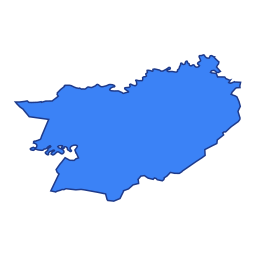 Meņģeles pag., Ogre, Latvia (Robinson projection)
{"feature_id": "27541924B62168176320322", "entity_name": "Meņģeles pag.", "entity_type": "district", "adm_level": 2, "iso_a3": "LVA", "parent_name": "Latvia", "parent_adm1": "Ogre", "projection": "robinson", "projection_center": [25.388, 56.811], "detail": "fine", "context": "isolated", "style": "filled", "palette": "blue", "viewbox_px": 256, "rotation_deg": 0, "n_neighbors": 0, "source": "geoboundaries", "source_scale": "gbopen_adm2", "svg_char_len": 5637}
<svg xmlns="http://www.w3.org/2000/svg" viewBox="0 0 256 256"><path d="M57.3,92.9L57.4,93.3L57.1,94.5L58.3,96.1L57.2,97.1L52.1,101.0L45.7,101.1L41.5,102.3L41.2,101.7L37.7,102.3L31.4,102.5L28.9,102.4L27.2,100.9L24.7,101.4L19.6,102.0L15.4,102.0L17.2,104.2L20.0,107.0L23.0,109.1L24.3,110.8L29.2,116.7L48.7,119.4L41.6,136.2L40.7,138.9L39.8,139.6L38.8,139.9L38.1,140.3L37.2,140.5L35.6,141.1L34.8,141.1L34.0,141.3L33.6,141.8L33.7,142.2L33.8,142.3L33.5,143.0L34.6,143.3L35.6,143.7L36.6,144.6L36.9,145.4L36.7,146.9L36.2,147.4L35.3,148.0L34.6,147.9L33.4,147.3L31.9,147.8L30.4,148.6L30.3,149.1L30.8,149.8L32.3,150.2L33.0,150.3L33.6,150.3L35.1,149.2L35.7,149.1L38.0,149.9L41.3,150.3L42.9,150.2L44.1,149.1L45.6,148.9L46.4,148.6L46.8,148.2L47.6,147.2L49.6,145.8L50.1,145.7L50.5,146.0L50.8,146.6L50.0,147.4L49.0,147.8L48.3,148.4L48.0,148.9L47.8,150.0L47.5,150.6L45.5,152.2L45.3,152.6L45.4,153.1L45.7,153.5L46.8,154.4L47.7,154.8L48.4,154.7L48.6,154.4L48.4,153.2L49.1,152.2L50.1,151.5L51.9,150.9L53.1,150.1L53.9,150.1L54.4,150.4L54.2,150.9L52.9,151.5L51.7,152.8L51.2,153.5L51.1,154.0L52.6,154.9L53.1,154.9L53.8,154.7L55.1,153.7L55.9,152.9L56.9,152.1L57.7,151.8L58.1,151.8L58.7,152.0L61.3,153.8L62.1,153.9L62.7,153.7L63.8,152.6L64.0,151.8L63.7,150.8L63.2,150.0L62.1,149.2L58.4,147.6L58.2,147.2L57.8,146.6L59.0,145.8L61.0,145.6L62.4,145.8L62.6,146.1L62.3,146.7L61.7,147.2L61.6,147.8L61.6,148.0L61.9,148.2L62.6,148.4L63.7,148.3L64.2,148.0L64.0,147.5L64.0,147.2L64.6,146.8L65.5,146.7L66.0,146.9L67.1,147.7L67.3,148.2L67.4,149.3L67.8,149.9L68.9,150.5L70.0,151.4L70.4,151.6L71.2,151.3L71.5,150.9L71.4,150.4L70.9,150.0L70.2,149.0L70.1,148.1L70.4,147.3L70.8,146.8L71.7,146.0L73.7,145.2L75.7,145.1L76.8,145.5L77.3,145.9L77.3,146.6L76.8,147.5L74.9,150.0L76.0,153.1L76.3,153.1L78.5,157.9L75.9,158.8L74.2,160.4L69.8,160.3L65.1,157.7L61.4,162.5L60.5,163.4L59.1,165.3L56.1,169.6L57.2,172.3L59.0,174.0L58.1,175.7L50.8,190.9L55.1,191.8L55.4,192.0L56.0,191.8L57.0,191.2L60.5,190.2L62.0,189.5L64.0,189.6L65.9,188.7L75.8,189.8L81.1,189.4L84.1,189.8L97.8,192.3L105.6,193.9L107.1,199.6L107.9,200.5L108.1,200.5L113.8,201.1L120.0,198.5L123.7,190.9L123.6,190.7L128.5,188.9L133.0,184.9L136.3,184.0L136.7,184.0L136.9,183.8L138.6,183.5L138.5,181.8L138.2,180.0L138.2,179.7L138.0,179.4L138.5,178.9L140.7,176.3L140.8,176.1L144.4,175.6L147.9,178.0L148.4,178.2L153.0,179.3L153.2,179.1L153.3,179.2L154.4,178.0L156.2,178.5L157.2,179.7L162.3,180.8L163.6,179.8L164.2,178.7L164.2,177.8L166.9,176.1L170.4,172.4L174.5,173.3L179.2,173.4L179.6,173.2L182.1,171.5L182.2,171.1L183.3,170.4L195.9,161.7L202.0,157.7L205.1,155.4L204.8,149.6L213.3,145.2L214.4,144.7L216.8,143.5L217.0,142.6L217.0,141.9L217.3,139.9L223.6,134.9L222.7,132.9L224.0,131.9L225.6,131.9L229.5,128.2L230.9,127.0L231.0,126.8L238.2,121.6L239.8,119.5L240.0,118.0L238.0,111.5L238.4,110.4L240.3,106.4L239.0,101.6L236.9,96.9L235.0,95.8L232.9,95.1L231.1,94.2L231.8,93.2L231.9,92.4L235.4,88.5L236.5,87.8L240.0,87.6L239.8,85.9L240.6,82.3L234.1,82.0L234.1,81.9L231.4,83.0L230.8,83.2L230.6,83.0L230.1,83.2L228.7,82.6L230.4,80.1L229.9,80.3L225.9,78.6L224.7,77.0L217.6,76.9L216.3,73.6L215.0,73.3L211.8,72.9L210.5,72.3L211.5,70.7L214.0,70.3L215.6,71.3L216.6,72.4L218.3,72.5L220.4,71.4L216.5,67.0L217.6,64.9L218.5,63.9L218.9,61.9L217.9,61.1L215.9,59.2L213.8,56.8L214.0,56.7L213.2,56.5L212.5,56.2L212.1,55.8L211.3,55.6L210.3,55.8L209.8,56.7L209.4,57.9L208.1,58.2L206.5,57.8L205.2,56.7L204.6,55.8L204.5,55.4L204.2,55.1L203.7,54.9L203.3,54.9L201.4,55.6L200.5,55.6L199.7,55.6L199.3,55.9L199.1,56.2L199.2,57.1L200.4,59.7L200.6,60.7L200.4,61.1L198.1,62.5L197.6,63.3L197.8,64.1L199.5,65.7L199.1,66.2L198.0,67.0L197.4,67.1L196.5,67.2L195.7,66.9L194.9,66.4L194.6,65.8L194.1,65.1L193.8,64.9L192.9,64.9L192.1,65.3L191.9,65.6L191.4,65.8L190.5,65.8L189.9,65.5L189.4,65.2L189.1,63.8L187.7,62.9L187.5,62.4L187.3,61.6L187.1,61.2L186.8,61.1L186.1,61.3L185.5,62.0L185.2,62.8L185.2,63.4L185.1,63.8L184.4,64.3L183.5,64.5L182.4,64.1L182.0,63.4L181.8,63.2L181.3,63.1L180.9,63.2L180.7,63.5L180.5,65.0L180.1,65.9L179.9,66.1L179.5,66.8L179.4,67.5L178.9,68.9L177.9,69.6L177.5,70.1L177.5,71.3L176.6,72.0L175.5,72.1L172.4,71.5L170.5,71.5L169.0,71.7L168.0,71.5L167.2,71.0L167.0,70.4L167.7,69.8L169.2,69.5L169.9,69.2L170.3,68.4L170.2,67.9L169.9,67.5L169.4,67.4L168.9,67.4L168.4,67.7L167.4,68.5L165.6,69.6L162.9,71.0L161.6,71.1L160.8,71.0L159.6,70.1L156.2,69.3L154.5,69.0L153.0,69.3L152.9,69.7L153.0,70.0L152.9,70.9L152.4,71.2L151.7,71.1L150.9,70.7L148.6,70.3L147.5,70.3L147.1,70.4L147.1,71.3L147.4,71.9L147.4,72.3L147.1,72.8L145.8,73.8L145.8,74.3L146.3,75.3L146.4,76.0L146.0,76.3L145.3,76.7L143.9,76.8L143.2,77.1L142.6,77.6L142.6,78.0L142.8,78.5L142.6,79.9L142.3,80.5L141.4,80.7L140.7,80.6L138.8,80.7L136.4,80.1L135.8,80.2L135.7,80.5L136.4,81.4L136.6,82.3L136.5,82.8L136.8,83.8L136.7,84.3L136.4,84.9L135.7,85.5L135.1,85.8L132.9,85.2L130.6,84.1L130.2,84.2L129.7,84.5L129.8,85.2L130.2,86.2L129.7,86.9L129.2,87.3L128.7,87.4L126.2,87.6L125.4,87.7L124.8,87.9L124.7,88.1L124.7,88.5L124.9,89.0L125.3,89.4L128.1,91.2L128.5,91.9L128.3,92.1L127.7,92.2L126.7,92.5L126.2,92.5L123.6,93.4L122.8,93.2L121.8,92.4L120.9,92.1L118.8,91.1L118.1,90.9L114.4,91.0L111.6,90.8L111.0,90.7L110.3,90.4L109.7,89.8L109.7,89.4L110.6,88.3L111.4,87.7L112.7,87.1L113.5,86.9L113.9,87.0L114.4,86.8L114.8,86.3L114.5,85.7L114.2,85.4L112.3,84.7L110.1,84.5L109.1,84.6L106.3,85.8L102.8,86.7L102.1,86.7L101.2,86.7L100.6,86.5L98.3,84.7L97.4,84.4L96.7,84.6L95.5,85.8L91.8,87.5L90.3,87.4L88.4,87.0L87.5,87.2L85.7,88.7L84.6,89.1L82.8,88.9L81.8,89.2L79.6,88.1L79.0,88.4L76.3,87.9L74.0,87.0L71.1,85.6L69.5,85.3L65.0,85.3L64.2,86.1L64.4,86.5L60.6,89.5L57.3,92.9Z" fill="#3b82f6" stroke="#1e3a8a" stroke-width="1.5"/></svg>